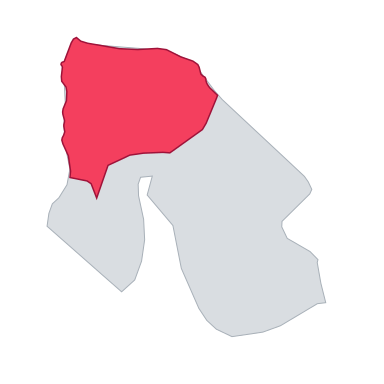 Dikhil on a map of Djibouti (Mercator projection), rotated 99°
{"feature_id": "DJI-1569", "entity_name": "Dikhil", "entity_type": "Region", "adm_level": 1, "iso_a3": "DJI", "parent_name": "Djibouti", "parent_adm1": "", "projection": "mercator", "projection_center": [42.104, 11.405], "detail": "fine", "context": "in_parent", "style": "filled", "palette": "rose", "viewbox_px": 384, "rotation_deg": 99, "n_neighbors": 0, "source": "natural_earth", "source_scale": "10m", "svg_char_len": 1626}
<svg xmlns="http://www.w3.org/2000/svg" viewBox="0 0 384 384"><g transform="rotate(99 192 192)"><path d="M301.6,245.9L287.4,268.4L269.2,297.1L248.5,329.8L235.5,330.0L225.5,328.1L218.6,322.6L204.4,316.6L188.4,316.2L173.2,321.8L147.4,328.8L124.0,331.1L105.3,335.0L89.7,339.6L75.7,337.1L63.5,333.0L60.9,298.2L58.0,260.5L58.3,230.9L62.6,214.6L66.4,208.3L88.4,185.7L96.0,176.6L121.2,139.3L142.8,107.3L159.0,83.4L163.9,78.7L170.7,74.1L175.5,75.4L206.9,98.5L212.4,97.9L222.9,90.7L232.4,66.0L239.1,57.0L242.0,57.3L262.1,50.4L280.4,42.6L282.7,50.7L310.3,83.8L319.3,100.1L328.6,129.9L323.7,146.5L316.5,157.3L305.9,167.0L269.1,190.6L228.1,205.6L202.0,235.8L182.5,233.7L185.5,245.1L192.7,246.4L204.1,244.2L226.6,235.5L246.6,231.3L268.2,231.0L287.8,234.8L301.6,245.9Z" fill="#d9dde1" stroke="#a8b0b8" stroke-width="1"/><path d="M86.4,341.4L85.0,341.2L84.0,340.4L83.6,339.4L83.0,338.6L63.6,334.6L59.5,333.0L58.3,331.4L57.5,330.3L60.4,325.5L61.4,318.4L61.8,286.2L59.8,267.9L55.6,248.6L55.4,239.5L60.3,224.2L62.6,211.5L65.2,206.2L67.6,204.5L74.1,201.7L75.7,199.5L76.6,197.1L78.0,196.1L79.9,195.6L82.2,194.5L84.4,192.7L86.2,190.9L92.5,181.9L95.2,182.4L121.9,188.8L128.7,191.5L156.8,220.0L157.4,227.0L161.2,245.9L165.3,259.2L178.8,279.1L212.9,285.2L199.6,292.9L197.5,297.4L196.8,314.3L196.7,314.7L196.7,314.8L190.4,315.2L175.6,319.8L164.7,327.0L161.1,328.7L158.7,328.6L156.1,327.7L152.4,327.1L147.0,328.9L145.6,329.1L142.7,328.9L141.2,329.1L135.4,331.7L133.2,332.3L130.0,332.3L121.6,330.3L112.5,331.3L108.1,332.8L103.0,338.0L98.5,339.1L89.2,339.5L88.0,340.0L87.3,340.8L86.4,341.4Z" fill="#f43f5e" stroke="#9f1239" stroke-width="1.5"/></g></svg>